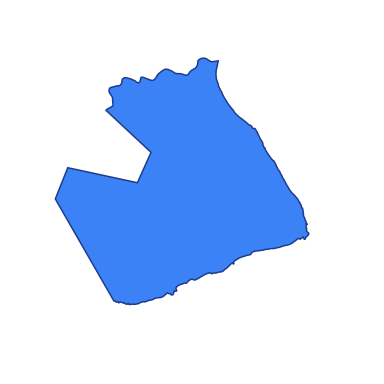 Gros Piton, Soufrière, Saint Lucia (Mercator projection), rotated 203°
{"feature_id": "8701671B60383917462580", "entity_name": "Gros Piton", "entity_type": "district", "adm_level": 2, "iso_a3": "LCA", "parent_name": "Saint Lucia", "parent_adm1": "Soufrière", "projection": "mercator", "projection_center": [-61.071, 13.808], "detail": "fine", "context": "isolated", "style": "filled", "palette": "blue", "viewbox_px": 384, "rotation_deg": 203, "n_neighbors": 0, "source": "geoboundaries", "source_scale": "gbopen_adm2", "svg_char_len": 5541}
<svg xmlns="http://www.w3.org/2000/svg" viewBox="0 0 384 384"><g transform="rotate(203 192 192)"><path d="M315.1,132.2L221.5,61.3L220.5,61.3L220.1,61.3L219.4,61.6L219.0,61.2L218.6,61.0L217.5,61.8L216.9,62.1L216.3,62.0L216.2,61.9L216.4,61.5L216.2,61.4L215.8,61.6L215.5,62.0L215.5,62.3L214.2,62.9L213.4,63.0L212.7,63.0L212.0,63.0L211.6,62.9L211.4,63.0L211.1,63.4L210.7,63.5L210.5,63.4L209.6,63.0L209.0,63.0L208.7,63.1L208.1,63.7L207.5,64.1L207.6,63.6L207.2,63.6L206.8,64.1L206.5,64.4L205.8,64.0L205.3,64.0L205.1,64.3L204.5,64.7L201.2,66.2L200.0,66.6L199.1,67.5L198.5,67.7L197.7,68.4L197.3,68.6L196.5,69.9L196.0,70.4L195.3,71.0L194.6,71.3L194.4,71.5L194.1,72.0L193.5,72.3L192.9,72.3L192.7,72.5L192.1,72.6L190.5,74.2L190.2,74.6L189.1,75.5L188.5,76.0L187.4,76.6L186.1,77.7L185.1,78.9L184.3,79.9L183.2,80.7L181.3,81.7L180.2,82.3L179.1,83.1L177.4,85.0L176.9,86.2L176.5,86.8L175.8,88.7L175.7,89.0L175.3,89.3L172.5,89.6L171.9,89.9L171.6,89.8L171.3,89.3L170.8,89.2L169.6,89.8L169.3,90.5L169.5,91.3L169.4,93.1L169.8,93.3L169.8,93.6L169.4,94.2L168.2,94.3L167.8,94.6L167.5,95.2L167.8,95.6L168.7,96.5L168.9,96.6L169.2,97.5L169.2,98.1L169.0,99.0L168.1,100.4L167.1,101.8L166.6,102.2L166.0,102.6L163.4,105.1L162.1,105.6L161.7,105.9L161.0,106.9L160.8,107.7L160.7,108.5L159.8,109.9L158.8,111.2L158.3,111.6L157.4,111.8L155.6,111.9L154.9,112.1L153.8,113.3L152.2,115.2L151.0,117.0L150.0,118.3L148.4,120.5L147.8,121.1L146.7,122.4L145.3,123.6L143.8,124.7L142.9,124.5L142.2,124.4L141.4,124.8L140.9,125.6L137.9,127.0L137.0,127.9L135.4,129.1L133.8,129.9L132.5,131.3L131.7,133.1L131.4,133.8L130.4,135.4L129.9,136.4L128.0,141.0L127.6,141.8L127.2,142.3L127.1,142.5L126.7,142.3L126.0,141.9L125.6,142.0L125.4,142.3L125.6,142.7L126.2,143.4L126.3,144.1L126.2,144.7L124.0,147.9L122.8,149.6L121.3,151.2L117.7,154.2L116.9,155.0L115.3,156.1L114.0,157.0L113.6,157.5L113.2,159.4L112.9,160.3L112.4,161.0L111.1,161.8L110.4,162.5L108.3,163.6L105.2,165.5L104.1,166.2L103.3,166.6L102.1,167.8L99.6,169.1L97.5,170.6L95.1,171.7L93.7,172.6L92.0,173.8L90.4,174.9L88.8,176.2L88.1,176.9L87.7,177.4L87.1,177.7L86.2,178.6L85.3,179.1L82.4,181.3L81.6,182.0L79.5,184.5L79.1,185.6L77.7,187.7L76.9,189.3L75.8,190.8L75.2,190.9L74.4,190.8L73.8,191.0L73.0,192.5L72.7,193.3L72.3,193.7L71.9,193.9L71.4,193.6L70.8,192.8L70.1,192.4L69.8,192.4L69.5,192.7L69.4,195.1L68.2,197.7L68.1,198.3L68.2,199.2L68.6,199.7L69.1,200.0L69.4,200.1L70.1,200.3L71.2,200.7L71.7,201.7L71.7,202.0L72.0,202.8L72.9,203.6L73.5,204.8L74.1,206.7L73.5,206.9L73.3,207.1L73.5,207.4L73.8,207.7L74.1,207.8L74.7,207.6L74.8,208.0L75.0,208.6L75.3,209.0L76.4,210.2L76.9,210.3L77.2,210.5L77.7,211.5L78.0,211.9L79.2,212.8L80.1,213.9L81.3,216.2L83.4,219.6L84.1,220.3L84.4,220.1L85.2,220.8L86.1,222.0L86.5,222.7L87.2,222.9L87.8,223.3L88.4,223.9L88.5,224.2L88.5,224.5L89.3,224.6L90.4,225.5L91.3,226.2L92.1,226.9L94.2,227.9L96.6,229.1L96.8,229.2L99.6,230.2L102.2,231.7L103.2,232.2L103.7,232.7L104.3,233.3L105.1,233.6L105.7,234.3L106.3,234.5L108.3,236.1L111.0,238.3L112.8,239.8L113.4,240.1L114.4,240.6L114.9,241.4L115.9,242.3L117.1,243.1L117.7,243.6L118.6,244.4L119.6,245.4L121.3,246.2L122.5,247.0L123.1,247.9L123.7,248.2L124.3,248.6L124.5,248.8L124.8,249.4L125.3,249.8L126.8,251.0L128.2,252.1L128.5,252.5L129.2,252.6L130.0,252.7L130.4,253.0L132.1,253.7L133.8,254.7L135.5,255.8L136.8,256.6L140.4,259.2L141.5,260.1L141.8,260.3L141.8,260.8L142.0,261.1L143.1,261.2L143.6,261.6L144.5,262.7L145.3,263.1L145.9,264.7L147.1,265.5L148.2,266.7L149.1,266.8L149.5,267.2L152.5,269.9L153.4,270.6L154.0,271.3L154.6,271.6L155.2,272.6L156.6,273.3L156.9,273.4L157.1,273.8L158.1,274.6L159.0,275.0L159.8,274.7L160.3,274.3L161.8,274.8L162.0,274.8L162.4,275.5L162.7,275.8L163.6,276.0L164.1,276.2L164.8,276.0L165.5,276.0L168.1,276.8L168.7,277.1L170.5,277.5L171.1,277.8L173.6,278.4L175.1,278.9L176.6,279.1L178.5,279.7L179.4,280.0L180.3,280.4L181.7,280.8L182.9,281.3L185.1,282.7L186.9,283.9L187.1,283.8L188.8,284.8L189.6,285.1L190.2,285.6L192.4,286.8L192.6,287.0L193.2,287.2L194.1,287.8L196.5,289.6L197.2,290.2L198.7,291.0L200.6,292.7L201.6,293.4L202.9,294.7L203.7,295.5L205.2,296.7L206.0,297.2L206.6,297.8L207.6,298.7L208.1,298.9L210.2,301.7L210.9,302.5L211.7,303.3L212.0,303.7L213.0,304.6L213.2,305.0L213.9,305.9L215.1,308.2L215.6,308.9L215.9,309.6L216.5,311.2L217.1,312.9L217.1,313.1L217.4,313.9L217.6,314.3L217.5,315.0L218.1,317.8L218.6,320.4L219.0,322.8L219.1,323.0L222.6,320.8L224.6,319.6L226.2,319.5L227.7,319.7L230.5,320.2L232.2,320.2L234.0,319.6L236.0,318.3L237.2,316.7L237.8,315.0L237.1,313.2L236.8,312.0L236.6,310.9L236.7,309.1L237.4,307.2L238.2,306.1L239.7,304.2L240.7,302.2L241.0,301.3L241.1,300.0L241.6,298.5L242.6,297.3L243.8,297.0L248.4,296.5L250.3,295.9L251.0,295.5L252.8,294.9L254.2,294.8L257.5,295.4L261.7,295.5L263.1,295.2L264.4,294.7L265.4,293.7L265.7,293.4L265.9,293.2L267.3,291.0L268.2,289.3L269.2,287.5L269.3,286.1L269.7,285.6L269.8,283.1L270.4,281.5L271.0,280.2L271.6,279.5L272.6,279.1L273.7,278.8L278.5,278.6L281.8,278.5L283.3,278.0L283.7,277.2L283.4,275.4L283.1,273.4L283.2,272.7L283.8,271.8L285.4,271.3L286.0,271.3L286.9,271.8L288.4,272.2L288.6,272.1L293.4,272.1L295.6,271.7L297.2,271.5L298.8,270.8L299.7,269.8L300.0,269.1L300.1,267.9L299.9,267.0L299.4,265.3L299.4,263.5L300.1,261.9L301.0,261.0L302.6,260.4L305.6,257.9L307.1,256.9L308.2,255.7L308.4,254.2L307.7,252.5L306.9,251.2L304.7,249.7L303.3,248.9L301.9,247.6L300.9,245.4L299.8,243.2L299.0,242.0L298.6,240.6L299.1,239.4L299.7,238.5L301.8,236.0L302.5,235.0L303.1,233.6L245.2,212.5L245.9,179.2L315.9,165.8L315.8,163.4L315.1,132.2Z" fill="#3b82f6" stroke="#1e3a8a" stroke-width="1.5"/></g></svg>